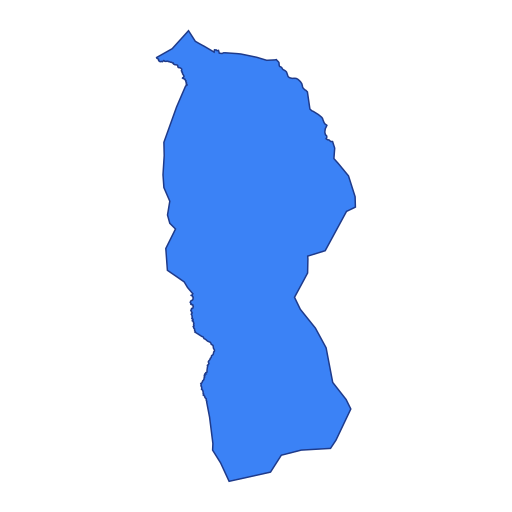 Binder, Hentiy, Mongolia (Robinson projection)
{"feature_id": "93677404B23670550125649", "entity_name": "Binder", "entity_type": "district", "adm_level": 2, "iso_a3": "MNG", "parent_name": "Mongolia", "parent_adm1": "Hentiy", "projection": "robinson", "projection_center": [110.5, 48.575], "detail": "fine", "context": "isolated", "style": "filled", "palette": "blue", "viewbox_px": 512, "rotation_deg": 0, "n_neighbors": 0, "source": "geoboundaries", "source_scale": "gbopen_adm2", "svg_char_len": 5750}
<svg xmlns="http://www.w3.org/2000/svg" viewBox="0 0 512 512"><path d="M350.8,409.0L346.1,399.5L332.7,382.4L326.1,347.8L315.4,328.1L300.3,309.3L294.5,297.3L303.7,280.3L307.6,273.0L307.9,259.1L307.7,256.1L325.2,250.7L346.5,211.4L355.4,207.1L355.1,196.7L348.5,175.9L338.2,163.4L333.9,158.6L334.7,148.2L332.6,141.6L332.1,141.4L331.1,141.6L330.7,141.5L329.2,140.1L328.8,139.9L327.7,139.8L327.3,139.6L326.7,139.2L326.1,138.7L326.6,137.9L326.8,137.3L326.8,136.8L326.7,136.1L326.5,135.6L326.3,135.4L325.7,135.1L325.3,134.2L324.8,132.1L325.3,128.7L325.5,128.2L326.0,127.4L326.3,126.5L326.8,125.7L326.9,125.4L326.7,125.1L325.4,124.3L324.9,123.8L324.0,122.5L323.4,120.9L323.0,120.0L322.8,119.2L322.4,118.2L321.6,117.2L319.7,115.6L318.3,114.5L313.3,111.4L312.0,110.9L310.5,109.6L309.9,109.0L307.4,91.9L305.7,90.2L305.1,90.0L304.5,89.5L303.8,88.8L303.0,87.9L302.6,87.2L302.4,85.9L301.8,83.7L300.4,81.6L298.3,79.6L297.2,78.9L296.1,78.4L294.9,78.3L293.5,78.3L292.3,78.4L291.0,78.1L290.2,77.9L289.4,77.6L288.4,76.9L287.8,75.9L287.5,74.8L286.5,72.0L285.5,71.0L284.5,70.3L283.5,69.8L283.0,69.5L282.5,69.0L281.8,67.7L281.1,67.1L280.8,66.9L279.9,66.6L279.6,66.4L279.2,65.5L279.3,65.1L279.0,64.2L279.0,63.8L279.1,63.3L279.0,63.0L278.9,62.5L278.3,61.7L276.7,60.1L276.4,59.6L274.9,59.9L266.7,60.3L256.8,57.3L247.7,55.4L240.9,54.0L237.0,53.6L225.3,52.8L223.6,52.8L222.1,53.5L219.3,53.2L218.5,50.4L217.1,50.7L216.0,49.8L215.3,50.0L214.5,49.8L214.1,52.1L205.3,46.9L199.1,43.5L195.3,41.3L188.5,30.7L172.2,48.7L156.6,57.5L156.9,58.3L157.4,58.6L158.5,59.2L158.6,59.4L158.6,60.3L158.6,60.6L158.9,60.9L159.3,61.1L159.9,61.6L160.5,61.7L161.5,61.4L162.1,61.7L162.4,61.7L162.6,61.6L163.0,61.2L163.8,60.5L164.0,60.6L164.6,61.2L165.1,61.4L166.0,61.4L167.1,61.2L167.8,61.2L168.1,61.3L168.3,61.6L169.4,61.7L170.4,62.2L171.4,62.2L171.8,62.4L172.5,63.0L173.2,63.0L173.3,63.6L173.5,64.0L173.8,64.2L174.3,64.3L175.0,64.8L175.3,64.8L176.1,64.7L177.1,65.1L177.6,65.3L177.7,65.7L177.9,66.8L178.2,67.4L178.6,67.6L180.1,67.8L180.5,68.0L181.6,68.9L181.8,69.3L181.7,69.8L181.4,70.4L181.4,70.7L181.4,70.9L181.7,71.1L182.0,71.5L181.9,72.1L182.0,72.3L182.5,72.8L182.5,73.7L182.6,74.0L183.2,74.5L183.4,75.1L183.6,75.4L183.7,75.7L184.0,76.2L183.9,76.6L183.4,77.4L182.9,77.6L182.6,77.9L182.5,78.1L182.9,78.4L183.7,78.3L183.9,78.5L184.0,78.9L184.3,79.2L184.6,79.3L185.1,79.3L185.3,80.2L185.5,80.5L186.0,80.8L185.8,81.9L186.0,82.1L186.4,82.4L186.5,82.6L186.4,83.5L186.1,84.0L186.5,84.5L187.0,84.5L187.1,84.9L187.0,85.2L185.6,86.0L176.6,106.9L163.9,142.3L164.2,155.7L163.0,174.8L163.9,187.6L169.8,201.2L167.5,215.0L169.8,223.3L175.5,229.0L165.8,248.5L167.4,270.3L184.2,281.9L187.6,287.6L192.6,293.5L192.8,293.6L192.4,294.7L192.1,295.1L191.2,295.2L191.1,295.3L191.3,295.5L192.0,295.4L192.3,295.6L192.3,296.0L192.7,296.4L192.6,296.8L193.0,297.0L193.2,297.5L192.9,299.4L192.7,299.8L192.2,300.2L191.2,300.6L190.8,301.1L190.6,301.3L190.5,301.8L190.2,302.3L190.8,303.2L190.9,303.9L190.8,304.2L190.9,304.3L191.0,304.3L191.2,304.0L191.5,304.0L191.9,304.8L192.1,304.9L192.6,304.7L192.8,304.8L192.9,305.0L193.0,305.8L193.3,306.3L193.3,306.5L193.0,307.0L193.1,307.4L192.7,308.3L192.1,308.4L191.7,308.4L191.5,308.6L191.6,309.2L191.4,309.6L191.1,309.8L190.8,310.4L191.1,310.9L191.3,311.1L191.5,311.2L191.5,311.3L191.4,311.7L191.5,311.9L192.2,312.9L191.8,313.5L191.3,314.0L191.2,314.2L191.3,314.4L191.8,315.0L191.9,315.4L192.1,315.8L192.1,316.0L192.0,316.4L192.1,316.7L192.3,317.1L192.3,317.3L191.9,318.1L192.0,318.2L191.9,318.3L191.9,318.5L192.1,318.6L192.4,318.7L192.7,318.8L192.8,319.2L193.0,319.4L193.1,319.8L192.8,320.1L192.8,320.4L192.8,320.5L192.3,320.5L192.3,320.9L192.4,321.0L192.8,321.0L193.2,321.3L193.3,321.4L193.3,321.8L193.6,322.4L193.5,322.7L193.6,323.0L193.8,323.2L193.9,323.4L193.8,323.9L193.6,324.3L193.7,324.6L193.6,325.0L194.0,325.7L194.0,325.9L193.8,326.1L193.2,326.5L193.3,326.9L193.7,327.2L193.7,327.4L193.8,328.1L193.9,328.3L194.4,328.6L194.5,328.7L194.5,329.4L194.7,330.0L194.6,330.8L195.0,331.1L195.2,331.5L195.4,331.7L195.4,331.9L195.1,332.2L201.3,336.1L201.7,336.4L202.5,336.6L203.2,337.0L204.0,338.6L205.1,339.1L206.1,339.8L206.8,340.5L207.9,341.3L209.1,341.8L210.3,342.3L211.0,343.4L211.2,344.3L212.9,345.3L213.2,346.1L213.2,346.7L213.5,348.4L214.0,349.2L214.5,350.1L214.4,351.3L213.7,351.9L213.6,352.6L213.4,353.5L213.1,354.5L212.6,355.0L211.8,355.5L211.4,356.1L211.4,357.0L211.0,357.7L210.2,358.4L210.1,359.2L209.6,360.0L208.7,361.0L208.3,361.8L208.5,362.6L208.9,363.3L208.5,364.3L207.4,365.3L207.8,365.8L207.5,366.7L207.0,370.3L207.0,371.9L206.8,372.1L206.7,372.5L206.3,372.5L205.8,372.6L205.7,372.7L205.6,373.1L205.4,373.6L205.6,373.8L205.3,373.8L205.3,374.0L204.9,374.0L204.9,374.3L204.6,374.6L204.7,374.8L204.8,375.1L204.7,375.3L204.8,375.5L204.3,375.6L204.3,375.8L204.4,376.2L204.4,376.5L204.5,376.7L204.3,377.0L204.5,377.3L204.2,377.5L204.2,377.8L204.1,378.1L204.1,378.4L204.0,378.7L204.0,379.1L203.8,379.4L203.8,379.6L203.7,379.8L203.6,380.0L202.7,380.8L202.7,381.1L202.4,381.4L202.4,381.7L202.2,382.3L201.8,382.9L201.6,383.0L201.4,383.1L201.3,383.4L200.9,383.5L201.0,383.7L200.9,384.0L201.3,384.9L201.3,385.1L200.9,385.7L200.9,385.9L201.5,386.6L201.6,387.0L201.7,387.9L201.8,388.3L201.8,388.6L201.6,388.8L201.5,389.3L201.8,389.6L202.3,389.8L202.7,390.3L202.8,390.6L202.8,391.0L203.1,391.6L203.2,392.7L203.1,393.0L203.1,393.4L203.6,393.8L203.7,394.4L203.4,394.7L203.2,394.9L203.2,395.1L203.6,395.4L204.0,395.6L204.6,396.1L205.0,397.0L204.9,397.5L205.3,397.9L205.4,398.1L205.7,398.2L206.3,398.8L206.3,399.1L206.2,399.4L206.2,400.2L206.3,400.4L206.4,400.5L206.5,401.1L206.8,401.3L206.7,402.2L209.6,417.3L212.9,443.6L212.6,450.1L220.6,462.9L229.1,481.3L270.5,472.1L281.3,455.2L301.2,450.1L330.5,448.4L336.0,440.1L350.8,409.0Z" fill="#3b82f6" stroke="#1e3a8a" stroke-width="1.5"/></svg>